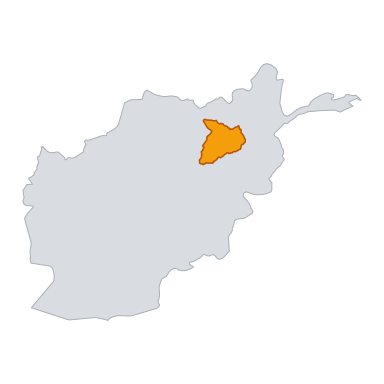 Afghanistan, with Baghlan highlighted
{"feature_id": "AFG-1766", "entity_name": "Baghlan", "entity_type": "Province", "adm_level": 1, "iso_a3": "AFG", "parent_name": "Afghanistan", "parent_adm1": "", "projection": "mercator", "projection_center": [68.855, 35.789], "detail": "fine", "context": "in_parent", "style": "filled", "palette": "amber", "viewbox_px": 384, "rotation_deg": 0, "n_neighbors": 0, "source": "natural_earth", "source_scale": "10m", "svg_char_len": 6904}
<svg xmlns="http://www.w3.org/2000/svg" viewBox="0 0 384 384"><path d="M163.5,96.7L171.8,95.9L177.5,97.0L180.4,99.9L183.3,100.7L186.2,99.2L188.0,99.0L188.7,99.9L190.1,100.3L192.3,100.1L193.5,100.9L193.8,102.7L195.4,104.9L198.3,107.6L200.9,108.3L204.3,106.2L205.4,106.4L206.0,105.7L206.3,104.2L208.4,102.8L212.1,101.4L214.2,100.2L215.0,99.2L216.3,98.9L217.7,99.2L218.6,98.9L219.4,97.5L220.7,97.0L221.8,97.2L227.0,102.2L229.0,103.6L229.9,103.4L232.5,100.7L232.8,98.3L232.1,95.1L232.6,92.5L234.3,90.5L237.4,89.3L242.0,88.8L244.8,89.1L245.9,90.1L247.3,90.7L249.0,90.8L250.6,89.6L252.1,87.2L252.2,84.2L250.9,80.6L251.3,79.5L253.6,77.7L256.0,75.0L258.4,71.5L260.7,67.3L263.5,64.6L266.8,63.6L270.9,64.8L275.7,68.1L277.5,72.2L276.3,77.0L276.2,79.7L277.2,80.2L282.6,79.2L283.3,79.9L283.3,81.3L282.5,83.3L281.5,89.0L279.8,103.1L282.1,111.4L283.7,114.6L285.3,115.7L286.9,116.1L288.5,115.8L291.8,113.7L296.7,109.7L301.6,107.3L308.6,106.0L310.9,101.7L314.1,98.9L321.5,94.8L325.6,93.2L327.9,92.9L333.5,94.5L333.8,95.8L333.4,97.1L331.8,98.2L331.3,99.1L331.9,99.8L334.2,100.0L344.0,97.1L346.1,94.6L348.2,94.5L352.3,95.6L355.5,95.2L357.2,96.3L361.0,100.0L359.8,100.2L358.1,99.5L357.1,98.3L353.2,99.9L348.8,102.2L348.9,102.8L352.8,106.2L344.6,109.8L341.0,111.9L340.1,112.0L334.6,110.1L319.3,110.7L307.7,111.8L303.3,113.7L299.0,114.6L296.8,115.6L295.4,117.5L289.0,121.9L287.8,123.4L284.2,123.3L280.5,127.5L275.1,132.5L274.0,134.8L274.8,136.0L277.7,137.8L279.0,139.5L281.0,144.3L281.9,147.6L283.1,149.1L283.8,153.1L282.5,155.4L282.5,156.5L284.2,159.6L283.8,160.5L282.5,161.9L280.4,165.8L276.6,168.6L275.0,171.1L272.3,173.9L271.2,176.3L270.1,177.5L268.9,178.2L269.2,179.5L270.2,181.0L271.9,182.8L271.8,189.9L270.9,191.9L266.1,193.8L261.6,194.6L256.0,194.7L253.9,194.4L246.1,191.8L243.6,193.1L243.1,196.2L247.6,201.2L249.4,204.0L251.4,208.7L252.9,211.1L252.3,213.3L244.3,218.3L239.3,218.8L236.1,219.6L234.5,220.8L233.4,226.1L232.3,228.0L232.3,230.3L231.2,232.8L229.6,234.5L228.4,237.2L229.3,251.0L224.7,256.4L222.1,258.4L219.7,259.3L217.7,259.0L215.1,255.9L213.3,254.7L211.5,254.9L209.7,256.0L206.8,255.6L204.3,254.5L203.1,254.7L202.4,255.8L199.7,258.1L193.2,261.7L190.6,261.9L189.4,262.8L189.9,264.3L191.0,265.5L193.1,266.3L193.2,267.3L189.8,269.1L186.5,270.3L182.6,270.8L178.6,270.1L176.5,268.5L174.1,268.4L171.8,269.5L169.5,271.4L166.4,276.2L161.7,279.1L160.5,282.1L159.1,287.4L159.6,295.2L159.0,298.7L158.0,301.0L158.2,302.8L159.7,304.8L159.1,306.1L157.8,307.6L156.5,308.4L131.2,315.9L127.0,316.0L124.9,315.7L117.7,315.7L114.7,316.3L111.7,317.3L109.5,318.5L107.8,320.4L104.8,319.4L95.3,317.5L69.7,319.9L67.3,319.5L31.4,307.8L53.5,281.3L54.1,279.1L54.2,274.7L52.8,268.9L50.6,266.2L30.9,263.1L30.2,258.6L30.5,256.6L30.1,252.6L30.2,249.6L31.1,244.6L31.1,242.3L24.8,219.8L24.8,217.6L28.5,212.3L33.2,207.2L32.9,206.3L30.6,205.7L27.0,205.7L25.1,204.9L23.6,203.5L23.0,201.4L24.0,197.7L23.0,190.6L26.7,184.6L32.5,184.2L29.5,179.8L28.9,179.3L28.7,178.6L29.0,177.8L30.5,177.5L34.0,174.7L34.1,173.1L37.0,168.9L36.8,167.1L38.6,162.1L37.6,158.8L37.4,157.0L39.5,155.9L40.9,151.2L41.6,150.1L41.7,148.9L41.2,147.0L43.2,146.7L45.0,149.1L47.8,151.7L49.7,152.4L52.0,152.8L57.1,152.0L58.2,152.1L63.6,156.5L64.5,157.6L64.9,159.4L65.8,159.9L67.6,158.2L69.4,157.6L72.9,158.1L74.7,157.5L83.3,152.0L84.0,148.5L84.8,146.5L86.0,145.3L84.6,141.2L85.1,140.5L86.2,140.1L89.1,140.1L102.3,135.6L105.7,135.6L106.5,135.3L106.7,134.0L107.6,132.7L113.9,129.4L117.5,126.1L118.7,123.6L124.6,102.9L127.8,101.1L131.0,99.8L142.0,99.4L144.0,93.0L145.0,91.5L146.9,90.0L154.9,94.6L163.5,96.7Z" fill="#d9dde1" stroke="#a8b0b8" stroke-width="1"/><path d="M245.3,141.5L245.0,142.3L244.9,142.4L244.8,142.5L244.0,142.9L243.8,143.1L243.4,144.0L243.2,144.2L243.0,144.4L242.6,144.5L242.3,144.5L241.9,144.5L241.3,145.5L241.1,146.0L241.0,146.5L241.0,147.1L240.7,148.6L240.6,148.9L240.3,149.3L239.2,149.6L236.2,151.5L235.8,151.7L234.5,151.5L233.5,151.7L233.2,151.8L232.9,152.2L232.2,152.9L231.6,152.8L231.2,152.9L230.9,153.2L230.7,153.3L230.0,153.2L228.9,153.5L228.6,153.0L228.4,152.9L228.0,153.0L227.1,152.8L226.6,153.2L226.3,153.5L226.1,153.7L226.0,153.8L225.8,153.9L224.6,154.4L224.4,154.6L224.2,154.7L223.8,155.5L223.6,155.8L223.4,156.0L222.3,156.4L222.1,156.5L221.8,157.0L220.7,157.7L220.3,157.8L219.3,157.1L218.4,157.3L218.1,157.6L217.9,157.8L217.6,158.2L217.2,158.7L216.9,159.4L216.7,159.6L214.9,160.9L214.6,161.1L213.5,161.4L213.4,161.5L213.4,161.8L213.5,162.1L213.5,162.3L213.5,162.6L212.8,163.0L212.3,163.1L211.1,163.1L209.7,163.0L208.1,163.2L207.8,163.2L206.1,162.7L205.9,162.7L205.8,162.8L205.8,163.1L205.7,163.2L205.6,163.4L205.3,163.6L205.0,163.8L204.3,164.0L203.8,164.3L203.6,164.5L203.4,164.6L203.1,164.6L202.3,163.9L202.2,163.8L201.8,163.8L201.3,163.9L201.1,163.9L200.9,163.8L200.7,163.7L199.9,163.4L199.7,163.2L199.6,162.0L199.6,161.8L199.6,161.7L199.6,161.3L199.5,161.2L199.4,160.9L199.4,160.7L199.5,160.1L199.6,159.9L199.7,159.6L199.8,159.5L200.0,159.3L200.1,159.2L200.7,158.8L200.9,158.5L201.0,158.2L201.1,157.9L201.2,157.6L201.3,156.8L201.4,156.5L201.5,156.3L201.6,156.1L201.7,155.8L201.5,155.2L201.5,154.9L201.6,154.6L201.8,154.2L201.8,153.8L201.4,152.8L201.3,152.3L201.4,151.6L202.7,150.2L202.8,149.8L202.8,149.5L202.9,149.3L203.4,148.6L203.7,148.1L203.9,147.2L203.6,146.8L203.5,146.7L202.9,146.4L202.8,146.1L202.8,145.9L203.0,145.4L203.1,145.0L206.5,140.4L206.6,140.2L206.7,139.3L206.8,139.0L206.9,137.9L206.9,137.7L206.9,137.3L206.9,137.1L207.0,136.9L207.1,136.5L207.2,136.3L207.4,136.2L208.1,135.8L210.3,133.9L210.7,133.3L211.8,131.6L211.7,131.3L211.5,131.0L211.4,130.8L210.8,130.3L209.3,129.1L208.3,128.6L208.0,128.3L206.9,126.9L205.3,124.2L204.2,122.5L204.1,122.3L203.9,121.8L203.8,121.6L203.4,121.2L203.4,120.8L203.4,120.6L203.6,120.2L203.8,119.9L204.0,119.8L204.6,119.6L204.9,119.4L206.1,119.6L206.7,120.0L206.9,120.1L208.1,120.0L211.9,120.3L213.9,120.8L214.2,120.8L214.4,120.8L214.8,120.7L216.3,120.5L216.6,121.1L218.0,123.0L219.1,123.8L219.3,123.9L219.5,124.0L219.9,123.9L220.5,123.5L220.6,123.4L220.8,123.4L221.3,123.5L222.5,123.7L222.7,123.9L222.8,123.9L222.8,124.0L223.1,124.2L223.3,124.4L223.5,124.8L224.2,125.4L224.7,125.7L225.6,126.0L226.0,126.1L226.9,126.3L227.2,126.4L227.4,126.6L227.5,126.7L227.6,126.9L227.9,127.4L228.2,127.8L228.6,127.9L228.9,127.9L229.1,128.0L229.3,128.5L229.4,128.8L229.6,129.2L229.7,129.3L229.8,129.4L230.1,129.2L230.3,129.0L230.5,129.0L230.7,129.3L230.8,129.3L231.0,129.2L231.4,129.1L232.2,129.1L233.2,128.8L234.7,127.6L235.0,127.4L235.4,127.3L235.8,127.3L237.2,126.7L237.9,126.2L238.5,125.7L238.7,125.8L239.1,126.9L239.2,127.2L239.2,127.5L239.2,128.1L239.3,128.6L239.4,128.8L239.5,129.0L239.8,129.2L240.4,129.1L240.7,129.2L241.0,129.8L241.3,133.1L242.7,134.4L243.1,135.0L243.5,135.8L243.6,136.0L243.6,136.3L243.9,137.0L244.0,137.2L244.2,137.3L244.3,137.4L244.4,137.5L244.4,137.9L244.4,138.1L244.6,138.3L244.9,138.7L245.1,139.0L245.2,139.3L245.3,141.5Z" fill="#f59e0b" stroke="#b45309" stroke-width="1.5"/></svg>